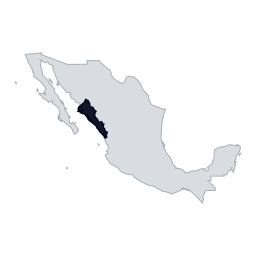 Mexico, with Sinaloa highlighted
{"feature_id": "MEX-2711", "entity_name": "Sinaloa", "entity_type": "State", "adm_level": 1, "iso_a3": "MEX", "parent_name": "Mexico", "parent_adm1": "", "projection": "robinson", "projection_center": [-107.612, 24.763], "detail": "fine", "context": "in_parent", "style": "filled", "palette": "ink", "viewbox_px": 256, "rotation_deg": 0, "n_neighbors": 0, "source": "natural_earth", "source_scale": "10m", "svg_char_len": 8053}
<svg xmlns="http://www.w3.org/2000/svg" viewBox="0 0 256 256"><path d="M25.1,54.4L41.8,52.9L41.0,54.6L67.3,64.4L87.0,64.3L87.0,60.6L99.3,60.7L101.4,63.3L110.1,70.5L112.2,76.5L113.8,78.8L121.8,83.6L124.4,81.8L126.3,77.4L128.7,76.4L134.5,77.2L139.4,82.1L142.7,89.2L148.4,95.6L148.9,99.7L151.4,104.7L163.8,109.5L165.4,108.7L162.0,121.7L161.0,137.3L161.6,140.6L164.9,145.1L164.2,147.5L164.4,145.1L161.7,141.3L162.6,144.8L165.9,152.1L171.3,159.1L172.5,163.5L176.3,167.9L175.3,167.8L177.4,168.9L176.7,168.2L180.6,168.8L183.4,170.3L185.9,173.2L192.3,171.0L197.1,170.7L200.3,169.0L203.6,168.6L204.3,169.3L204.1,170.2L206.9,170.8L208.7,169.4L208.1,167.1L207.2,167.7L207.5,167.2L212.4,163.4L212.7,160.3L214.1,158.5L214.0,153.4L214.8,149.7L218.6,147.5L225.3,146.3L228.2,145.0L231.5,144.8L236.9,146.1L237.3,145.2L235.9,145.2L237.7,144.6L240.0,146.3L240.4,148.5L239.4,151.5L236.0,156.1L236.0,159.2L234.3,161.0L234.6,161.7L236.2,161.5L234.5,163.4L234.6,164.2L235.7,163.9L233.7,171.6L233.2,172.3L232.0,170.6L231.7,167.7L230.1,170.7L228.5,170.9L226.6,174.8L224.2,174.8L224.1,176.1L210.9,176.1L211.0,180.7L208.0,180.7L215.3,187.9L215.1,190.5L205.8,190.5L202.6,197.1L203.6,198.8L202.5,203.1L195.6,195.7L190.1,190.7L186.8,188.7L186.4,189.2L189.5,190.9L184.7,189.4L185.0,188.2L183.7,188.7L182.9,187.7L182.1,188.8L183.7,189.4L181.3,189.6L178.9,191.3L171.4,194.0L166.5,191.9L162.4,191.4L159.6,189.4L156.8,188.6L155.1,186.7L148.3,185.2L140.0,181.2L134.5,177.4L132.2,174.9L126.6,174.0L121.2,171.9L117.8,167.7L110.4,163.7L106.5,158.2L105.1,154.8L108.1,153.2L107.6,151.8L106.3,151.3L108.2,148.8L108.4,145.7L106.8,144.6L105.2,141.6L105.3,138.8L104.2,136.3L99.8,131.6L96.0,125.9L90.1,121.0L91.8,122.0L91.9,120.9L88.8,119.9L86.4,116.0L88.1,116.1L83.5,113.5L82.9,112.2L81.1,112.7L80.9,112.1L82.2,110.6L80.0,111.8L78.6,110.7L78.3,108.1L80.0,105.9L80.5,106.3L79.4,104.0L78.0,102.5L76.0,102.6L74.7,99.5L72.4,98.8L71.0,97.5L70.0,94.7L70.6,93.0L66.5,92.1L59.2,83.4L58.8,81.4L57.7,80.7L53.1,69.9L52.7,66.7L53.2,65.6L49.2,64.2L48.3,62.4L47.0,61.8L45.6,62.9L40.2,59.6L41.2,61.7L40.4,65.8L41.6,69.0L42.5,75.1L48.0,80.6L49.8,84.2L50.6,84.0L51.0,85.1L51.8,85.3L52.6,87.6L54.2,88.4L55.1,93.3L57.9,95.8L58.8,98.6L60.2,99.5L61.1,102.8L62.3,103.6L61.6,101.1L63.2,102.6L65.1,110.1L66.9,112.3L69.3,117.8L69.0,120.1L69.5,122.1L71.6,124.1L72.3,122.1L78.3,129.2L77.8,131.9L75.4,133.9L74.1,134.1L71.6,128.2L62.2,120.3L61.4,120.5L59.5,118.0L59.1,116.3L59.7,112.6L58.9,109.1L57.4,106.6L52.9,103.6L52.0,100.6L51.2,101.9L48.8,102.4L47.2,100.4L42.9,98.3L42.3,96.6L39.1,94.0L38.8,93.2L42.1,93.6L44.0,92.9L44.0,93.7L45.6,94.5L45.0,92.5L44.3,92.4L45.9,88.3L39.7,80.7L34.6,77.3L33.7,75.7L33.7,72.8L32.5,71.9L32.1,68.7L30.5,67.3L30.3,65.4L28.1,62.4L27.7,61.0L28.4,60.0L26.9,58.8L25.1,54.4ZM58.9,83.5L58.4,85.5L56.7,84.9L57.4,81.9L58.4,81.6L58.9,83.5ZM52.2,83.2L49.9,81.0L49.2,78.9L50.4,79.6L50.7,80.8L51.9,81.1L52.2,83.2ZM239.5,155.5L238.9,154.9L239.1,154.0L240.6,153.2L239.5,155.5ZM59.6,120.4L57.9,118.4L58.9,114.3L58.6,118.0L59.6,120.4ZM37.9,91.3L36.6,91.0L37.5,88.8L38.1,90.4L37.9,91.3ZM16.4,84.1L15.4,82.7L15.6,82.0L16.0,82.1L16.4,84.1ZM61.0,120.5L62.0,122.1L59.9,120.5L61.0,120.5ZM99.1,144.7L98.9,145.4L98.4,145.1L98.2,144.0L99.1,144.7ZM70.0,116.3L70.4,117.6L69.3,116.0L70.0,116.3ZM65.9,108.1L66.5,108.6L65.6,109.8L65.9,108.1ZM67.5,168.4L67.0,168.6L66.4,168.1L66.9,167.4L67.5,168.4ZM205.9,168.7L204.8,169.0L206.8,168.3L205.9,168.7ZM75.7,123.4L75.1,123.3L75.0,122.1L75.7,123.4Z" fill="#d9dde1" stroke="#a8b0b8" stroke-width="1"/><path d="M104.7,137.3L104.7,137.2L104.4,137.1L104.4,136.6L104.1,136.2L103.6,135.6L103.2,135.1L102.8,134.8L102.7,134.7L102.8,134.4L102.6,134.5L101.1,132.8L100.9,132.6L100.7,132.5L100.1,131.7L99.9,131.6L99.7,131.7L99.6,131.3L99.6,131.2L99.3,130.8L99.2,130.7L99.3,130.5L99.0,129.8L98.9,129.8L98.8,129.7L98.6,129.6L98.3,129.3L98.1,128.9L97.9,128.8L97.7,128.4L97.5,128.2L97.3,128.1L97.0,128.0L97.0,127.8L96.9,127.4L96.6,127.0L96.5,126.6L96.3,126.2L95.3,125.1L95.0,124.8L94.7,124.7L94.4,124.3L92.9,123.2L92.8,122.9L92.7,122.9L92.4,122.7L92.1,122.5L91.7,122.1L90.0,121.0L89.9,120.9L89.9,120.7L90.1,120.7L90.1,120.9L90.7,121.2L91.7,121.9L92.0,122.1L91.6,121.8L91.6,121.7L91.8,121.8L92.0,122.0L92.1,121.9L92.2,121.6L92.1,121.4L91.9,120.7L91.5,120.6L91.3,120.6L91.4,120.8L91.6,120.7L91.6,120.8L91.3,121.1L91.1,121.2L90.9,120.9L90.7,120.8L90.4,120.9L90.3,120.7L90.2,120.5L90.0,120.3L89.7,120.0L89.2,119.8L89.1,119.7L88.9,119.7L89.3,120.1L89.7,120.4L89.8,120.6L89.6,120.5L89.1,120.2L88.5,119.6L88.4,119.5L88.3,118.9L88.2,118.6L88.0,118.4L88.5,118.7L88.6,118.4L88.5,118.2L88.3,118.0L88.4,117.9L88.4,117.4L88.5,117.1L88.5,116.9L88.2,116.7L88.1,116.8L88.2,117.4L88.2,118.0L87.9,118.0L87.6,118.0L87.3,117.6L86.8,116.4L86.6,116.2L86.4,116.0L86.2,115.8L86.4,115.8L86.6,115.9L86.6,116.0L87.0,116.5L87.1,116.8L87.3,116.8L87.5,116.9L87.5,116.6L87.4,116.5L87.4,116.3L87.5,116.2L87.7,116.5L87.8,116.5L88.1,116.5L88.4,116.7L88.4,116.4L87.7,115.7L87.5,115.8L87.4,115.8L87.2,115.7L86.9,115.2L86.8,115.3L86.7,115.3L86.3,115.4L86.1,115.3L85.9,115.3L85.9,115.0L86.2,115.1L86.2,114.8L86.2,114.7L85.9,114.4L85.7,115.3L85.6,115.5L85.6,114.9L85.6,114.7L85.4,114.5L84.5,114.1L84.1,113.8L83.8,113.7L83.2,113.7L83.4,113.6L83.7,113.6L84.2,113.8L84.1,113.7L83.8,113.4L83.6,113.4L83.2,113.5L82.9,113.4L83.2,113.4L83.3,113.3L83.2,113.1L82.9,113.1L83.0,112.7L83.0,112.2L82.8,112.2L82.6,112.1L82.4,112.1L82.1,112.0L82.2,112.4L82.2,112.6L81.9,112.8L81.7,112.6L81.8,112.6L81.7,112.5L81.3,112.5L81.2,112.6L81.3,112.8L81.1,112.8L80.9,112.7L80.5,112.2L80.9,111.9L81.2,111.9L81.3,111.9L81.4,112.0L81.5,112.2L81.6,111.8L82.0,111.4L82.1,111.1L82.2,110.7L82.3,110.6L82.5,110.3L82.6,110.1L82.4,110.1L82.1,110.9L81.9,111.0L81.4,111.2L81.3,111.3L81.1,111.7L80.9,111.8L80.7,111.7L80.5,111.8L80.4,111.8L80.1,111.3L79.8,111.1L79.6,111.0L80.2,111.7L80.3,111.9L80.2,112.1L80.1,111.9L79.7,111.5L79.5,111.4L78.7,111.4L78.4,111.3L78.6,111.2L78.8,111.1L79.0,111.1L79.2,110.9L79.3,110.8L79.2,110.6L78.8,110.4L78.7,110.4L78.6,110.5L78.5,111.0L78.4,110.9L78.5,110.6L78.5,110.4L78.4,110.3L78.2,110.1L78.3,109.6L78.4,109.3L78.3,108.9L78.3,108.4L78.3,108.2L78.6,107.8L78.9,107.3L79.0,107.0L79.3,106.4L79.3,106.5L79.3,107.0L79.5,106.9L79.5,106.7L79.7,106.2L80.3,105.9L80.3,106.0L80.2,106.1L80.3,106.3L80.6,106.6L80.6,106.3L80.6,106.2L80.8,106.1L80.7,106.0L80.4,105.7L80.5,105.5L82.1,104.2L84.9,101.8L84.9,101.7L84.9,101.1L85.2,100.3L85.5,99.9L85.8,99.5L86.1,99.7L86.4,99.7L86.6,99.7L86.7,99.8L86.8,100.1L87.1,100.4L87.4,100.5L88.1,100.7L88.3,100.8L88.4,101.0L88.4,101.4L88.5,101.7L89.1,102.6L89.4,102.9L89.5,103.1L89.6,103.4L89.8,104.9L89.9,106.4L90.0,106.6L90.2,106.8L92.6,107.3L92.8,107.4L93.0,107.5L93.3,108.7L93.6,108.8L93.7,109.5L94.1,109.7L94.5,110.0L95.0,110.6L95.1,110.8L95.8,111.2L96.0,111.4L95.6,111.8L95.5,112.1L95.1,112.5L95.0,112.8L94.9,113.2L94.7,114.7L94.7,115.1L94.7,115.5L95.0,116.5L95.3,117.3L95.4,117.5L95.5,117.5L95.8,117.7L95.9,117.8L95.9,118.1L96.0,118.2L96.0,118.3L96.3,118.4L96.6,118.4L96.7,118.5L96.9,118.9L97.3,119.1L97.4,119.4L97.5,119.7L97.7,120.0L97.9,120.3L98.2,121.0L98.3,121.2L98.3,121.7L98.4,121.8L98.9,122.4L99.2,122.6L99.3,122.6L99.8,122.5L100.2,122.1L100.5,121.8L100.7,121.7L101.0,121.7L101.4,121.8L101.6,121.9L102.3,122.6L102.4,122.8L102.8,123.9L103.0,124.3L103.2,124.5L103.3,124.5L103.7,124.4L103.6,124.7L103.3,125.4L103.2,125.8L103.3,126.1L103.4,127.3L103.5,127.5L103.7,127.9L103.7,128.2L103.8,128.4L104.0,128.6L104.4,128.7L104.4,128.8L104.6,129.2L104.7,129.4L104.7,129.6L104.8,129.7L104.8,129.8L104.7,130.1L104.9,130.4L104.9,130.8L105.0,130.9L105.3,131.1L105.4,131.3L105.9,131.9L106.2,132.0L106.4,132.0L107.0,132.0L107.1,132.9L106.7,132.9L106.6,133.0L106.5,133.3L106.7,133.8L106.5,134.1L106.1,134.5L105.9,134.8L105.7,135.1L105.8,135.2L106.0,135.4L106.2,135.7L106.4,135.8L106.3,136.0L106.5,136.1L106.5,136.3L106.7,136.9L106.7,137.2L106.5,137.4L106.3,137.4L106.1,137.3L105.6,137.0L105.5,136.9L105.0,137.1L105.1,137.5L105.0,137.8L104.9,137.6L104.7,137.3ZM82.1,113.0L82.6,113.2L82.8,113.4L82.9,113.5L82.7,113.6L82.3,113.3L81.9,113.2L81.4,113.1L82.1,113.0Z" fill="#0f172a" stroke="#020617" stroke-width="1.5"/></svg>